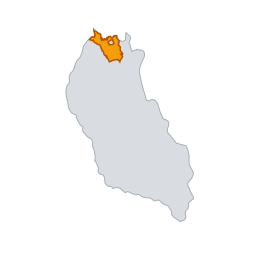 Vas on a map of Hungary (Robinson projection), rotated 77°
{"feature_id": "HUN-3138", "entity_name": "Vas", "entity_type": "County", "adm_level": 1, "iso_a3": "HUN", "parent_name": "Hungary", "parent_adm1": "", "projection": "robinson", "projection_center": [16.563, 47.075], "detail": "fine", "context": "in_parent", "style": "filled", "palette": "amber", "viewbox_px": 256, "rotation_deg": 77, "n_neighbors": 0, "source": "natural_earth", "source_scale": "10m", "svg_char_len": 4546}
<svg xmlns="http://www.w3.org/2000/svg" viewBox="0 0 256 256"><g transform="rotate(77 128 128)"><path d="M208.1,80.2L211.0,79.8L211.8,80.1L212.3,81.9L212.4,82.0L213.1,83.1L213.8,84.7L214.9,85.9L217.1,86.3L220.1,87.8L222.1,90.5L225.0,91.7L225.7,91.6L227.8,91.5L228.2,92.0L229.9,93.3L230.6,94.5L230.3,95.8L230.6,97.2L231.2,97.7L230.5,98.6L225.3,103.3L223.3,104.6L221.9,104.8L219.7,104.3L217.5,104.7L215.5,105.7L213.7,106.0L212.3,107.2L210.6,109.8L208.4,112.0L206.2,113.3L205.0,114.6L205.0,118.7L203.8,119.9L202.2,121.1L201.3,122.2L198.9,128.6L197.0,130.6L195.2,132.2L194.9,133.6L195.0,135.2L193.0,138.5L190.3,141.9L189.8,143.3L190.5,145.2L187.9,147.3L186.4,148.3L185.1,148.8L184.4,150.2L183.2,153.5L183.5,155.0L183.6,156.3L181.4,157.1L180.8,158.6L180.2,160.4L179.3,161.3L176.9,162.8L170.6,162.1L168.3,162.7L167.6,163.8L167.4,164.6L166.7,165.5L165.3,166.5L163.8,167.0L160.6,165.7L153.6,167.0L152.4,167.9L151.4,167.3L149.9,166.6L142.9,165.9L140.1,166.5L136.5,166.3L133.0,165.6L130.5,166.1L128.3,168.7L127.2,169.6L126.3,170.2L124.4,171.0L122.8,172.0L120.7,172.7L118.7,172.6L116.9,171.5L116.3,171.7L115.7,172.7L114.7,173.6L112.0,174.7L111.3,174.7L111.2,174.7L109.1,175.5L105.7,175.9L104.0,175.6L100.9,179.2L99.9,179.9L97.0,181.0L94.5,181.5L92.5,181.1L91.6,181.0L82.4,180.9L77.5,180.1L74.4,178.7L72.3,177.1L71.3,175.4L68.9,174.3L65.1,173.9L62.2,172.2L60.1,169.1L57.2,166.7L53.6,164.9L50.7,162.4L48.6,159.1L44.8,156.2L39.4,153.5L37.7,153.0L37.4,152.1L34.7,148.9L33.6,147.7L33.7,146.1L33.1,145.1L32.2,144.5L31.7,142.2L31.3,140.4L30.6,139.3L24.8,139.1L29.6,134.9L32.1,133.8L34.9,134.0L35.8,133.6L36.0,133.0L36.5,131.6L36.8,130.4L37.0,129.2L36.7,128.5L35.3,128.3L34.7,125.3L35.4,124.2L36.1,123.4L35.2,119.8L35.5,118.6L37.7,118.4L39.5,117.6L41.0,116.8L41.4,115.6L42.6,113.4L41.5,110.6L35.2,108.8L34.8,108.1L36.3,107.3L37.9,106.2L38.8,105.3L40.0,105.2L41.7,105.6L44.8,107.6L45.9,107.9L47.1,107.3L48.3,107.2L51.7,107.3L54.5,106.8L53.8,104.7L53.9,103.1L53.4,101.9L53.7,100.5L54.8,99.4L55.2,97.0L56.9,95.4L57.7,95.2L60.9,95.5L61.6,95.9L62.1,96.0L67.1,99.9L71.8,102.9L75.7,104.4L81.3,104.5L87.4,104.7L97.4,104.2L105.0,103.8L105.5,103.0L106.6,101.3L105.7,99.7L105.7,98.0L106.9,95.6L110.6,93.7L121.3,92.9L127.4,91.4L128.3,89.4L130.3,87.5L132.2,87.1L134.7,88.0L137.8,89.7L140.5,90.6L142.1,90.0L147.4,87.2L153.6,84.3L157.8,76.7L158.2,75.5L162.8,74.6L169.6,74.8L173.1,75.8L175.7,76.3L179.6,76.1L185.2,74.5L187.3,74.5L188.9,75.7L190.7,76.7L192.0,77.9L192.9,79.6L193.4,80.3L194.2,81.2L195.7,82.4L197.1,82.7L207.5,80.6L208.1,80.2Z" fill="#d9dde1" stroke="#a8b0b8" stroke-width="1"/><path d="M36.7,118.9L40.0,117.6L41.1,116.8L41.5,117.3L42.0,117.6L43.5,117.9L44.4,118.6L45.3,118.4L47.6,117.2L48.3,117.7L50.8,118.1L54.1,116.5L54.8,116.7L54.5,117.5L54.3,118.5L57.1,117.2L57.9,117.7L58.7,118.6L60.0,120.1L61.7,121.1L59.7,121.9L59.4,122.1L59.5,122.7L59.2,123.1L58.8,123.4L58.5,124.4L58.7,125.5L58.6,127.3L59.3,131.3L55.5,132.1L54.7,133.1L54.3,133.0L54.0,133.1L53.8,132.9L53.7,132.5L53.0,132.5L52.5,133.1L52.7,133.5L52.4,134.0L51.1,134.6L49.7,134.9L49.0,134.8L47.6,135.0L47.2,135.8L46.7,135.8L46.0,135.6L44.9,136.2L41.8,136.4L40.7,136.9L40.2,137.6L39.8,138.5L39.3,139.2L37.9,140.3L37.2,141.3L36.0,142.0L34.5,142.0L34.8,143.4L33.3,145.3L33.1,145.5L33.1,145.4L32.8,145.4L32.8,144.7L32.4,144.8L32.1,144.5L31.9,144.0L31.5,143.7L31.1,142.6L31.0,142.4L31.2,142.0L31.4,141.6L31.5,141.4L31.8,141.0L31.9,140.5L32.0,140.2L31.9,140.0L31.4,140.0L31.1,139.8L31.0,139.7L30.5,139.2L30.2,139.1L27.4,139.3L26.0,139.4L25.9,139.3L24.8,139.1L25.3,138.9L25.7,138.6L26.8,137.3L27.1,137.0L27.9,136.5L28.6,136.2L28.8,136.1L29.0,135.8L29.0,135.6L29.0,135.4L29.0,135.2L29.4,134.9L29.7,134.9L29.9,134.7L30.0,134.1L30.3,133.7L30.7,133.6L31.9,133.8L33.1,133.7L33.8,133.8L34.3,134.1L34.5,134.2L34.6,134.3L34.8,134.2L35.4,134.0L36.2,134.0L36.8,133.9L36.7,133.5L36.2,133.2L35.8,133.0L34.9,132.9L35.3,132.6L36.7,132.2L37.0,132.0L37.1,131.8L37.0,131.6L36.7,131.4L36.1,131.2L35.8,130.7L36.0,130.2L36.7,129.8L37.4,129.0L37.5,128.6L37.1,128.1L36.6,128.1L35.6,128.5L35.2,128.3L35.2,128.1L35.5,127.4L35.4,127.1L35.2,126.8L34.7,126.8L34.6,126.7L34.4,126.1L34.9,125.2L34.8,124.6L35.8,124.1L36.2,123.8L36.4,123.3L36.3,122.7L35.4,121.0L35.3,120.9L35.1,120.9L34.9,120.7L34.9,120.4L35.1,120.3L35.3,120.2L35.2,118.7L35.5,118.2L35.9,118.1L36.3,118.4L36.7,118.9ZM42.1,122.9L41.3,122.7L39.3,123.3L39.0,123.1L38.2,123.1L38.1,123.5L38.4,124.5L38.8,125.8L39.4,127.6L40.3,128.2L41.2,127.5L41.9,127.6L42.7,127.8L42.8,126.6L43.0,125.7L43.2,124.7L42.6,122.9L42.1,122.9Z" fill="#f59e0b" stroke="#b45309" stroke-width="1.5"/></g></svg>